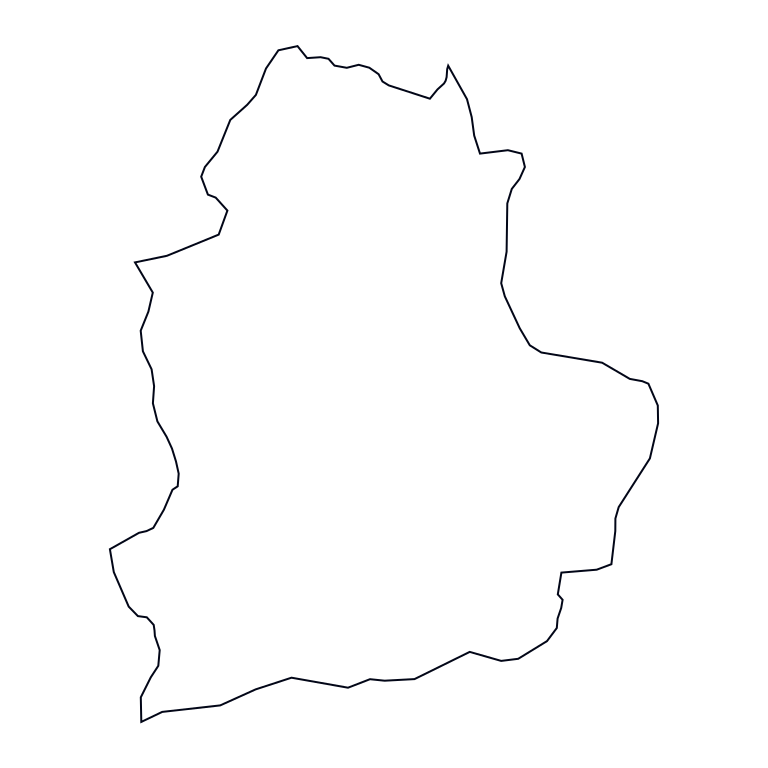 the Province of Çorum
{"feature_id": "TUR-2291", "entity_name": "Çorum", "entity_type": "Province", "adm_level": 1, "iso_a3": "TUR", "parent_name": "Turkey", "parent_adm1": "", "projection": "albers", "projection_center": [34.616, 40.609], "detail": "fine", "context": "isolated", "style": "outline", "palette": "ink", "viewbox_px": 768, "rotation_deg": 0, "n_neighbors": 0, "source": "natural_earth", "source_scale": "10m", "svg_char_len": 1424}
<svg xmlns="http://www.w3.org/2000/svg" viewBox="0 0 768 768"><path d="M297.5,46.1L307.1,58.1L320.6,57.2L328.5,58.8L334.5,65.6L346.8,67.8L358.7,64.8L369.3,67.7L378.6,74.2L382.5,81.5L388.8,85.4L429.9,98.7L437.5,89.4L444.0,83.5L445.6,80.8L446.6,77.2L447.2,69.1L448.2,65.7L467.0,99.2L471.7,117.1L474.2,135.6L480.0,153.6L507.9,150.2L521.6,153.6L524.9,167.0L519.5,179.0L511.8,188.9L507.3,203.4L506.6,251.7L501.2,283.2L504.8,296.3L519.7,328.2L529.8,345.3L541.3,352.5L602.1,362.7L629.8,378.9L642.3,381.2L648.4,383.7L657.8,405.5L658.1,423.3L649.9,458.4L618.7,507.1L615.4,518.5L615.3,531.1L611.4,564.2L596.7,569.7L561.4,572.6L557.8,594.4L562.6,599.8L561.2,608.0L557.6,618.5L556.8,628.0L547.0,641.1L518.2,658.8L501.2,660.9L469.7,651.9L414.5,679.1L384.6,680.7L370.0,679.2L348.0,687.7L291.5,677.7L255.6,689.4L220.2,705.4L162.2,711.9L141.3,721.9L140.8,697.3L150.8,677.3L158.3,665.8L159.7,650.1L154.9,636.0L154.5,630.3L153.7,624.9L146.8,617.3L137.9,616.1L128.7,606.6L113.8,572.1L109.9,549.2L139.0,532.8L146.5,531.1L153.3,527.9L163.9,509.7L172.5,489.7L177.7,486.3L178.7,473.7L176.0,461.5L172.0,448.6L166.6,436.8L157.4,421.4L152.9,403.3L154.1,386.2L151.6,369.3L142.9,351.3L140.7,330.7L148.4,311.6L152.8,292.6L135.0,262.4L166.9,255.8L218.7,234.6L227.4,210.6L215.7,197.6L207.9,194.6L201.2,176.7L204.9,167.0L217.5,151.7L230.3,119.9L247.2,104.8L255.9,94.9L266.0,68.5L278.4,50.3L297.5,46.1Z" fill="none" stroke="#020617" stroke-width="2"/></svg>